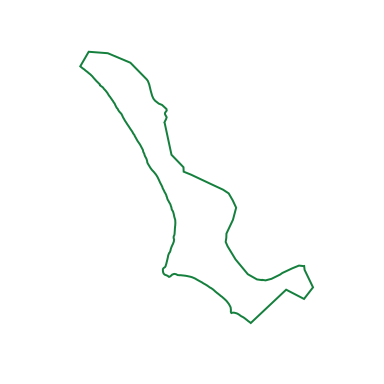 the district of Choc, Castries, Saint Lucia, rotated 287°
{"feature_id": "8701671B12567928056648", "entity_name": "Choc", "entity_type": "district", "adm_level": 2, "iso_a3": "LCA", "parent_name": "Saint Lucia", "parent_adm1": "Castries", "projection": "natural_earth1", "projection_center": [-60.976, 14.031], "detail": "fine", "context": "isolated", "style": "outline", "palette": "green", "viewbox_px": 384, "rotation_deg": 287, "n_neighbors": 0, "source": "geoboundaries", "source_scale": "gbopen_adm2", "svg_char_len": 5983}
<svg xmlns="http://www.w3.org/2000/svg" viewBox="0 0 384 384"><g transform="rotate(287 192 192)"><path d="M279.5,48.4L279.4,48.6L279.2,49.2L279.0,49.5L278.8,50.1L278.6,50.5L278.5,50.8L278.3,51.3L278.0,52.2L277.9,52.5L277.6,53.5L277.4,53.8L277.2,54.2L276.9,55.0L276.5,56.0L276.4,56.3L276.3,56.7L276.0,57.4L275.8,57.7L275.7,58.1L275.5,58.4L275.3,59.0L274.9,59.9L274.8,60.3L274.6,60.8L274.3,61.2L273.9,62.0L273.8,62.3L273.6,62.7L273.1,63.4L272.8,63.9L272.0,65.1L271.6,65.8L271.4,66.1L271.0,66.8L270.5,67.6L270.1,68.3L269.9,68.6L269.7,69.1L269.5,69.5L268.9,70.6L268.6,71.2L268.4,71.5L267.9,72.5L267.1,72.8L266.1,75.9L265.9,76.3L265.7,76.6L265.3,77.1L264.9,77.6L264.7,77.9L264.6,78.2L264.2,78.8L263.9,79.4L263.6,79.9L263.3,80.2L263.1,80.6L262.8,81.0L262.0,82.1L261.8,82.4L261.5,82.7L261.2,83.0L260.2,84.1L259.8,84.7L259.5,85.0L259.3,85.3L259.1,85.7L258.7,86.2L258.2,86.8L257.8,87.3L257.6,87.6L257.2,88.1L256.6,88.8L256.4,89.1L256.2,89.4L256.0,89.7L255.6,90.1L254.9,90.9L254.4,91.5L254.2,91.9L253.5,92.6L253.1,92.9L252.4,93.5L252.1,93.8L251.5,94.4L251.2,94.7L251.0,94.9L250.7,95.1L250.5,95.4L250.3,95.7L250.1,96.1L249.7,96.7L249.2,97.1L248.9,97.4L247.8,98.7L247.2,99.7L246.3,101.2L246.0,101.7L245.7,102.0L245.2,102.5L244.2,103.4L243.9,103.6L243.6,103.9L243.4,104.1L242.5,105.0L242.3,105.3L241.2,106.4L240.9,106.7L240.6,107.0L240.3,107.4L238.4,109.7L238.1,110.0L237.7,110.5L237.3,111.0L236.9,111.5L236.5,112.0L236.2,112.4L234.9,113.9L234.7,114.2L234.3,114.6L233.4,115.8L232.5,116.9L231.8,117.7L231.4,118.1L231.1,118.3L230.8,118.7L230.5,119.0L230.3,119.3L230.1,119.6L229.6,120.3L229.0,120.7L224.9,125.0L222.2,128.4L219.7,130.9L217.9,132.7L216.1,133.7L214.6,135.2L213.5,135.8L213.3,136.0L212.5,136.6L211.9,137.2L211.6,137.6L211.2,138.0L210.7,138.4L210.4,138.7L210.2,138.9L209.1,139.6L208.7,139.9L208.1,140.2L207.4,140.5L207.1,140.7L206.3,141.4L205.4,142.4L205.1,142.7L204.6,143.3L203.9,144.1L203.5,144.5L202.8,145.3L202.4,145.9L202.2,146.2L201.8,146.6L201.6,147.0L201.3,147.4L200.9,148.0L200.6,148.7L200.2,149.3L200.0,149.6L199.9,149.9L198.8,151.4L198.6,151.8L198.4,152.1L198.0,152.6L196.7,154.1L195.8,155.1L195.5,155.3L195.2,155.6L194.8,156.0L194.4,156.3L194.2,156.5L193.8,156.9L193.1,157.5L192.4,158.1L191.1,159.3L190.6,159.8L190.2,160.2L189.8,160.6L189.3,161.1L188.6,161.7L188.1,162.2L187.9,162.3L187.1,162.8L185.7,164.2L185.2,164.7L185.0,164.9L184.3,165.5L183.6,166.1L183.4,166.4L183.1,166.8L182.9,167.0L182.1,167.7L181.6,168.2L181.2,168.5L180.4,168.9L180.1,169.2L179.8,169.5L179.4,169.8L178.8,170.1L178.5,170.3L177.8,170.8L177.6,171.0L177.1,171.5L176.4,172.3L175.8,172.9L175.5,173.1L174.7,174.1L174.2,174.6L173.8,175.0L173.5,175.2L172.5,175.8L172.0,176.3L171.3,176.7L170.9,177.0L169.8,177.5L169.5,177.7L169.2,178.0L168.9,178.3L168.6,178.6L168.3,179.0L168.1,179.2L167.6,179.7L167.1,180.0L166.8,180.2L166.5,180.4L166.0,180.7L165.4,181.1L165.0,181.3L164.7,181.5L164.1,181.8L163.1,182.3L162.7,182.6L161.9,183.1L161.6,183.3L160.8,183.9L159.7,184.4L159.4,184.5L158.2,184.9L157.7,185.1L156.9,185.3L156.6,185.4L155.6,185.6L155.4,185.7L153.6,186.0L153.0,186.2L152.5,186.2L152.2,186.3L149.8,186.9L148.4,187.2L147.2,187.5L145.8,187.7L144.9,187.6L144.3,187.5L143.4,187.6L142.8,187.9L142.4,188.0L141.9,188.4L141.6,188.6L141.3,188.8L140.3,188.9L139.3,189.1L139.1,189.1L137.7,189.0L137.0,189.0L136.5,188.9L136.0,188.8L135.3,188.7L134.3,188.6L134.0,188.5L133.3,188.5L132.2,188.4L131.1,188.4L130.7,188.4L130.2,188.5L129.6,188.5L129.2,188.5L128.4,188.5L127.3,188.2L126.7,187.9L126.1,187.9L124.7,187.8L124.1,187.8L123.5,187.9L122.6,188.0L121.3,188.1L120.8,188.1L120.2,188.2L119.6,188.2L119.1,188.2L118.4,188.3L117.9,188.3L117.0,188.3L116.6,188.4L114.5,188.4L113.2,188.4L112.2,188.1L111.6,187.6L111.0,187.1L110.1,186.8L109.7,186.7L109.4,186.8L108.8,187.0L108.1,187.2L107.5,187.5L106.7,187.9L106.5,188.1L105.7,188.7L105.0,190.0L104.9,191.2L104.8,192.4L104.7,193.3L104.4,194.0L104.1,194.6L104.3,195.2L104.7,195.6L104.9,195.8L105.8,196.4L106.3,196.7L106.6,196.9L107.1,197.1L107.8,198.0L108.3,198.6L108.6,199.4L108.7,201.0L108.6,201.5L108.5,201.8L108.4,202.4L108.4,202.9L108.6,203.5L108.7,204.0L108.8,204.6L108.9,204.9L109.1,205.4L109.2,205.9L109.3,206.5L109.4,207.0L109.5,207.6L109.8,209.0L109.8,209.4L110.0,210.1L110.1,211.1L110.2,211.9L110.3,213.0L110.4,214.3L110.5,215.4L110.5,217.5L110.4,218.0L110.3,219.0L110.2,219.9L110.1,220.5L110.0,221.0L109.8,221.5L109.7,222.2L109.5,222.9L109.4,223.3L109.3,224.0L109.1,224.8L108.8,226.3L108.5,227.9L108.2,228.7L108.0,229.5L107.8,230.4L107.6,231.4L107.3,232.7L107.1,233.2L107.0,234.0L106.8,234.3L106.6,235.1L106.3,235.9L105.9,237.1L105.7,238.3L105.3,239.6L105.0,240.5L104.6,241.4L104.3,242.1L103.8,243.1L103.5,243.7L103.3,244.3L102.8,245.4L102.6,246.1L102.1,247.3L101.9,247.8L101.5,248.8L101.2,249.4L100.9,250.2L100.7,250.9L100.5,251.5L100.2,252.0L99.8,253.0L99.1,254.5L98.7,255.3L98.2,256.3L97.8,257.0L97.4,257.6L96.4,259.0L96.1,259.4L95.8,259.8L95.6,260.1L94.8,260.9L94.2,261.5L93.6,262.1L92.9,262.7L92.5,262.9L91.7,263.2L91.2,263.5L90.7,263.6L89.9,263.9L89.3,264.0L88.7,264.2L88.1,264.6L87.8,265.1L88.1,265.5L88.4,266.0L88.6,266.5L88.9,267.5L89.0,269.6L89.0,270.5L88.7,272.1L88.4,273.1L88.1,273.9L87.8,274.8L87.5,275.7L87.5,276.1L87.3,277.2L87.2,277.5L87.0,278.3L86.8,278.9L86.6,279.4L86.3,280.3L85.9,281.2L85.6,282.1L85.1,283.2L84.7,284.4L84.2,285.8L83.9,286.5L126.1,310.6L122.5,330.4L136.2,335.6L150.5,322.4L154.0,320.9L153.8,320.5L152.9,315.8L148.4,310.3L140.9,302.0L138.7,300.3L132.2,293.4L129.0,288.2L128.5,284.8L128.2,284.7L127.4,279.7L129.7,269.4L140.3,253.3L150.4,242.0L154.1,238.8L158.2,238.2L162.3,237.1L177.5,239.3L189.9,238.8L195.9,233.4L201.4,227.5L203.3,221.0L205.1,208.1L208.3,186.0L209.0,178.1L213.2,176.6L221.6,161.5L250.0,145.7L250.3,145.3L252.0,145.5L254.1,145.9L256.1,145.9L258.2,143.7L259.0,143.2L260.0,143.1L262.5,144.0L263.9,143.3L266.5,137.9L266.8,134.4L268.5,130.0L270.0,127.8L272.3,125.8L276.3,123.2L282.4,119.6L285.3,117.3L286.5,115.7L297.6,95.3L300.1,70.9L295.9,52.2L279.5,48.4Z" fill="none" stroke="#15803d" stroke-width="2"/></g></svg>